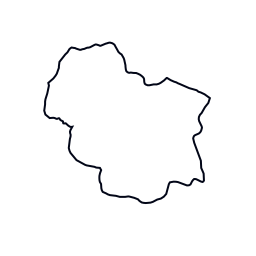 the border of Huambo, rotated 297°
{"feature_id": "AGO-1890", "entity_name": "Huambo", "entity_type": "Province", "adm_level": 1, "iso_a3": "AGO", "parent_name": "Angola", "parent_adm1": "", "projection": "orthographic", "projection_center": [15.812, -12.604], "detail": "fine", "context": "isolated", "style": "outline", "palette": "ink", "viewbox_px": 256, "rotation_deg": 297, "n_neighbors": 0, "source": "natural_earth", "source_scale": "10m", "svg_char_len": 2733}
<svg xmlns="http://www.w3.org/2000/svg" viewBox="0 0 256 256"><g transform="rotate(297 128 128)"><path d="M132.0,36.5L138.2,39.0L141.7,39.7L144.1,39.9L147.0,39.5L150.2,39.1L151.4,38.5L155.8,36.9L165.0,38.7L167.9,39.7L171.8,40.0L173.3,40.7L174.1,41.2L174.7,43.2L175.0,44.0L175.2,44.7L175.2,45.2L175.2,45.8L175.8,49.6L176.0,50.0L176.3,50.5L177.4,51.5L178.7,53.2L180.4,54.6L181.1,55.3L181.4,55.9L181.9,56.6L182.8,57.6L186.8,60.4L187.6,61.1L187.8,61.4L188.1,62.2L188.5,64.5L188.5,65.4L188.6,65.9L189.1,66.5L193.0,69.8L193.7,70.6L194.9,71.8L195.5,72.5L195.9,73.2L196.3,74.9L196.4,75.8L196.1,78.0L195.9,78.4L194.9,79.8L192.5,83.4L191.5,84.8L190.8,87.0L190.6,88.9L188.4,92.3L187.3,93.5L182.8,97.2L181.4,98.0L179.3,99.4L178.5,100.1L178.0,100.6L177.8,101.0L177.7,101.4L177.5,102.2L177.5,103.1L177.7,104.0L178.7,105.4L179.5,107.8L180.7,110.3L180.9,112.5L180.9,114.8L180.5,116.9L180.0,118.6L179.4,119.6L178.9,120.1L176.4,121.6L175.1,122.8L174.8,124.1L175.0,126.1L175.9,127.8L178.6,131.2L179.8,133.7L181.4,135.4L183.1,136.6L186.7,138.5L190.1,139.7L190.3,140.0L190.3,140.3L190.0,144.3L190.2,148.1L190.6,150.4L190.5,152.0L190.7,154.2L191.3,164.4L192.7,171.4L192.8,172.1L192.7,172.6L192.5,173.4L192.3,174.3L192.7,176.6L192.8,180.9L191.8,187.4L186.7,188.2L184.4,187.7L181.4,187.1L174.8,186.8L172.4,186.1L170.0,186.2L168.0,187.0L166.4,188.3L162.9,192.9L161.8,193.8L158.8,194.4L157.0,194.3L155.2,193.6L152.2,191.1L151.1,190.5L149.6,190.5L148.3,190.8L144.9,193.7L131.9,207.8L125.6,211.4L123.0,214.6L121.7,216.1L115.7,219.5L114.5,219.4L113.7,218.8L113.4,217.2L113.4,213.4L113.3,211.7L112.6,210.1L111.3,209.6L109.6,209.3L106.1,209.3L104.6,208.3L103.6,206.6L102.5,197.1L101.9,195.2L100.9,193.0L98.6,190.0L96.5,189.9L86.6,192.0L83.1,191.1L80.0,189.3L77.5,186.5L73.5,183.7L71.7,181.9L69.2,177.9L68.4,175.9L67.9,174.1L68.1,172.2L68.4,170.8L69.0,169.3L68.6,165.2L67.5,160.2L67.1,159.2L65.4,156.8L62.9,151.9L62.1,148.1L60.0,142.4L59.7,140.2L59.8,138.2L59.6,134.5L60.7,132.9L62.2,131.6L65.9,129.4L67.2,127.4L68.7,126.2L70.6,125.1L72.3,124.3L75.0,123.6L78.3,123.2L79.7,121.1L78.3,117.6L78.2,115.8L75.9,108.1L75.7,106.5L76.0,96.7L79.7,88.1L81.2,86.2L83.3,84.3L91.9,81.2L94.2,80.7L95.2,80.3L96.0,79.9L97.0,78.9L98.3,78.0L100.0,77.7L103.8,77.8L103.1,76.9L103.0,76.5L102.8,75.6L103.0,73.6L103.5,72.0L103.6,71.4L103.9,70.5L103.8,70.1L103.5,69.7L103.0,69.0L102.9,68.6L102.8,68.3L103.1,67.9L103.5,67.6L103.9,67.5L104.2,67.2L104.4,66.9L104.4,66.4L104.4,64.9L104.4,64.5L104.5,64.0L104.9,63.3L105.1,63.0L105.3,62.6L105.4,62.2L105.2,61.8L104.7,61.3L104.3,61.0L103.9,60.6L103.7,60.0L103.6,58.9L103.6,58.2L103.2,56.8L101.3,53.7L102.5,48.3L105.4,45.5L111.4,43.4L114.0,42.1L116.2,41.4L122.1,40.4L129.9,38.3L132.0,36.5Z" fill="none" stroke="#020617" stroke-width="2"/></g></svg>